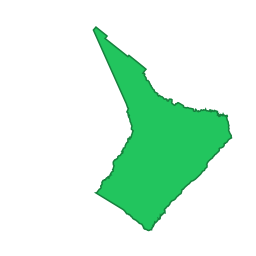 San Javier, Córdoba, Argentina (orthographic projection), rotated 38°
{"feature_id": "61730980B55835159827036", "entity_name": "San Javier", "entity_type": "district", "adm_level": 2, "iso_a3": "ARG", "parent_name": "Argentina", "parent_adm1": "Córdoba", "projection": "orthographic", "projection_center": [-65.109, -32.093], "detail": "fine", "context": "isolated", "style": "filled", "palette": "green", "viewbox_px": 256, "rotation_deg": 38, "n_neighbors": 0, "source": "geoboundaries", "source_scale": "gbopen_adm2", "svg_char_len": 5840}
<svg xmlns="http://www.w3.org/2000/svg" viewBox="0 0 256 256"><g transform="rotate(38 128 128)"><path d="M215.6,72.2L215.2,72.0L215.2,71.6L214.5,71.2L214.0,70.4L211.3,69.4L210.5,68.8L209.9,68.6L209.0,68.1L208.4,67.4L208.0,66.3L207.2,65.9L206.3,64.8L206.1,64.0L204.7,63.1L203.1,61.5L201.3,60.7L199.7,59.3L199.3,59.2L199.1,58.7L199.2,57.8L199.0,57.5L198.3,57.1L197.5,58.0L197.5,58.6L196.4,58.6L196.3,59.0L196.2,59.2L195.4,58.7L195.1,58.8L194.5,58.5L194.8,59.2L194.8,59.7L194.5,59.5L194.4,59.2L194.2,59.2L194.1,59.6L193.7,59.7L193.6,59.9L194.0,60.3L193.7,60.7L193.3,60.7L192.7,60.5L192.3,60.5L192.2,60.8L192.4,60.7L192.8,60.9L193.2,61.2L193.2,61.5L192.9,61.7L193.2,62.1L193.2,62.3L192.8,62.6L192.3,62.4L192.3,62.8L191.3,62.5L191.0,62.1L190.7,62.2L190.5,61.7L190.4,62.1L190.3,61.9L190.1,61.9L189.9,61.6L189.3,61.2L188.9,60.5L188.6,60.2L188.3,60.5L188.1,60.1L187.7,60.5L187.0,60.3L186.3,60.8L185.5,60.8L185.5,61.1L185.6,61.5L185.6,62.0L184.9,62.2L184.0,62.0L183.8,62.3L183.9,63.2L183.6,63.9L183.3,64.1L182.5,63.0L182.3,62.8L182.0,62.9L181.3,63.5L181.4,63.9L181.9,64.2L182.0,64.4L181.9,64.6L181.5,65.0L180.2,65.4L179.3,66.1L178.5,66.0L177.7,65.5L177.9,66.2L177.8,66.4L177.0,66.9L176.4,67.1L176.3,67.4L176.2,68.1L174.5,68.6L174.4,68.9L174.6,69.9L174.5,70.3L173.4,71.7L173.0,71.2L172.6,71.9L171.8,72.1L169.8,71.6L169.8,71.9L170.6,73.3L170.4,73.7L169.8,74.1L168.9,74.1L168.1,73.0L167.6,72.9L165.2,74.0L164.4,74.7L163.9,74.7L162.4,75.2L162.0,75.5L161.5,76.4L160.7,76.6L159.8,77.1L158.7,77.2L158.2,76.5L157.7,76.3L152.2,77.1L151.7,77.4L151.4,78.9L150.8,79.3L150.7,79.6L150.9,80.2L150.9,80.9L150.7,81.4L150.3,81.5L147.5,81.5L146.4,80.6L146.3,80.0L145.2,78.6L144.4,78.7L143.0,79.6L142.8,79.9L142.9,80.9L143.2,81.8L142.8,82.2L142.1,82.4L141.3,81.9L141.3,81.6L140.6,81.5L139.7,81.9L139.4,82.5L139.0,82.8L138.4,82.9L137.7,82.6L135.8,82.4L135.1,82.6L134.4,83.1L132.9,82.9L132.6,83.1L132.6,83.3L132.2,83.7L132.2,84.0L131.5,83.7L130.9,83.7L130.5,83.4L130.4,82.7L129.5,82.6L128.0,83.0L127.2,83.2L126.7,82.9L126.3,83.0L125.8,82.4L125.2,82.0L124.8,81.9L124.1,82.1L122.6,81.6L122.1,81.3L121.0,81.1L120.7,81.0L120.4,80.5L119.4,80.4L118.2,79.7L117.5,79.5L116.2,78.6L115.8,78.7L114.5,78.3L113.5,79.0L113.0,78.9L112.6,78.7L111.4,77.4L108.9,76.7L108.4,76.4L108.1,76.1L108.1,75.2L107.0,75.1L106.1,75.6L105.9,72.9L106.0,70.6L98.3,70.4L84.0,70.2L84.0,71.8L54.8,71.6L54.9,68.4L40.6,68.2L40.4,72.1L111.6,109.8L115.1,112.1L115.5,112.0L115.9,112.4L116.3,112.4L116.6,113.6L116.8,113.8L117.1,115.8L117.3,116.1L118.4,115.9L118.7,116.0L119.1,116.8L120.1,117.4L120.6,118.1L120.8,118.0L120.9,117.2L121.3,117.3L121.5,117.5L121.5,118.5L121.7,118.9L123.3,119.4L125.1,120.9L125.7,121.6L127.3,122.3L128.2,123.1L129.4,123.6L130.3,124.6L130.4,125.2L131.3,126.8L131.5,126.9L132.2,126.9L132.5,126.8L133.0,127.0L133.6,126.9L133.9,127.2L134.0,128.3L134.3,128.7L134.6,129.7L134.9,130.1L135.2,131.5L135.7,132.2L135.8,132.8L136.1,133.3L136.2,133.6L135.3,133.9L135.1,134.1L136.3,135.3L136.2,135.4L136.1,135.7L135.0,135.7L134.7,135.9L134.6,136.5L134.9,137.1L135.4,137.5L135.9,138.4L136.4,138.8L136.6,139.0L136.5,139.4L136.3,139.5L136.1,140.5L136.3,142.1L136.8,143.8L137.5,144.9L137.6,145.3L137.5,145.9L136.9,146.5L136.8,146.8L137.4,147.8L137.3,148.3L137.4,149.4L137.8,149.6L138.1,149.4L138.4,149.5L138.4,149.9L138.2,150.2L137.8,150.4L137.7,150.6L138.0,150.7L139.0,150.6L139.2,151.2L138.7,152.0L138.6,153.0L138.9,154.2L138.8,154.5L138.2,155.1L137.8,155.8L137.7,157.1L138.3,157.6L138.4,158.3L138.4,158.9L137.9,159.7L137.7,160.7L137.2,161.2L137.2,163.4L137.6,164.3L138.4,165.2L138.6,165.2L139.1,166.0L140.1,166.2L140.3,166.4L141.0,168.3L141.6,169.3L141.4,169.8L141.5,170.2L142.2,170.3L142.9,171.3L142.5,171.9L142.3,172.6L142.4,174.3L142.6,175.0L142.8,175.3L143.4,175.4L142.8,176.0L143.3,176.9L142.4,178.5L143.4,178.7L143.8,179.3L143.4,179.5L142.4,179.8L142.0,180.2L141.8,181.3L142.2,182.6L141.3,183.3L141.3,183.9L140.7,184.5L140.6,184.9L140.9,185.7L140.8,186.3L140.9,186.9L141.7,187.6L142.0,188.3L142.3,188.6L142.2,190.4L142.5,190.8L143.1,191.1L143.6,191.9L143.6,192.2L143.6,193.1L143.2,193.6L143.1,194.1L143.2,196.3L143.1,196.7L143.3,197.0L143.2,197.4L143.3,198.0L142.6,198.9L174.7,195.2L176.9,195.5L179.8,196.4L180.5,195.9L181.4,195.8L181.6,195.6L182.2,195.7L182.3,195.4L183.0,195.3L184.3,195.7L184.8,195.6L185.1,195.8L185.5,195.6L187.5,196.3L189.1,196.2L189.3,196.0L189.7,196.1L190.2,195.8L191.7,195.8L191.8,195.7L192.9,195.9L193.9,195.8L194.3,196.0L195.7,196.1L198.1,195.3L200.9,196.4L201.3,196.7L201.6,196.6L201.7,197.1L203.2,197.5L204.0,196.9L204.5,196.9L205.3,196.5L206.2,196.5L207.5,196.0L208.1,194.9L208.3,194.3L209.2,193.7L208.9,193.3L208.8,192.5L208.4,192.0L208.5,190.1L208.3,189.6L207.6,189.3L207.9,188.4L208.1,188.5L207.8,187.4L207.0,185.6L208.0,185.7L208.3,183.0L208.2,182.4L208.2,181.0L207.9,180.8L208.5,180.8L208.4,179.9L209.0,180.0L208.9,179.3L208.7,178.9L208.2,178.8L208.1,178.1L207.3,176.9L208.0,177.1L208.1,176.3L207.9,175.2L208.4,175.0L208.4,174.8L208.4,172.9L208.8,172.4L209.3,172.3L209.5,172.1L208.7,171.6L208.7,171.3L208.1,170.5L207.6,170.6L207.2,170.4L206.8,169.3L206.8,168.8L207.2,168.4L207.1,168.1L207.0,166.9L207.2,166.1L207.2,165.4L207.5,164.6L207.8,164.6L207.8,162.7L207.7,161.8L207.3,161.4L207.3,159.5L207.6,158.0L208.5,156.6L209.0,154.6L208.8,153.2L208.9,151.4L209.3,150.3L209.3,149.2L210.1,147.1L210.0,146.5L208.6,143.4L208.8,142.5L209.2,142.2L209.3,139.5L210.0,135.7L210.5,134.2L210.6,131.1L211.8,129.2L212.6,126.7L213.6,119.7L213.4,116.1L214.3,114.3L213.8,112.6L214.3,110.2L213.3,108.8L212.8,108.3L212.4,108.2L212.3,107.5L212.0,106.9L211.9,104.6L212.3,101.9L212.8,100.4L213.0,99.3L212.7,98.1L213.0,96.7L212.8,95.6L213.3,94.5L213.9,90.1L213.5,89.0L212.5,88.0L212.8,87.2L213.8,86.1L214.5,84.5L214.7,83.7L214.3,82.2L213.5,81.3L213.5,80.6L214.2,80.1L214.2,79.3L214.7,78.2L214.4,75.5L214.7,74.3L215.6,72.2Z" fill="#22c55e" stroke="#15803d" stroke-width="1.5"/></g></svg>